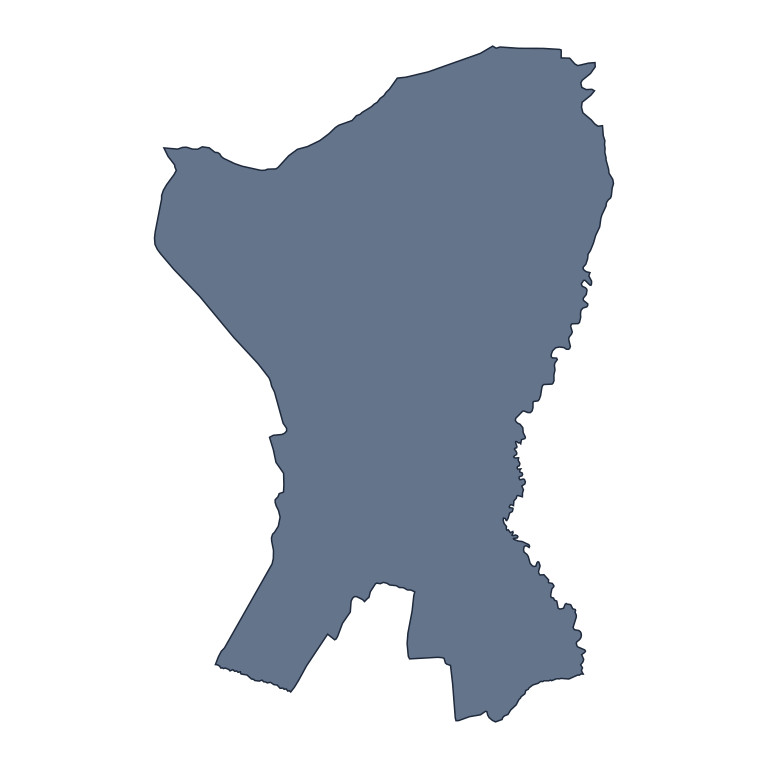 Katako-Kombe, Kasaï-Oriental, Democratic Republic of the Congo
{"feature_id": "63176286B65571818133367", "entity_name": "Katako-Kombe", "entity_type": "district", "adm_level": 2, "iso_a3": "COD", "parent_name": "Democratic Republic of the Congo", "parent_adm1": "Kasaï-Oriental", "projection": "natural_earth1", "projection_center": [24.617, -3.373], "detail": "fine", "context": "isolated", "style": "filled", "palette": "slate", "viewbox_px": 768, "rotation_deg": 0, "n_neighbors": 0, "source": "geoboundaries", "source_scale": "gbopen_adm2", "svg_char_len": 6089}
<svg xmlns="http://www.w3.org/2000/svg" viewBox="0 0 768 768"><path d="M492.7,46.1L480.3,53.4L428.1,71.9L405.8,77.2L397.3,78.1L389.4,89.2L386.1,92.4L383.9,95.6L380.2,98.4L377.1,102.4L374.2,104.1L371.3,106.8L362.0,112.5L360.2,114.3L356.4,115.7L352.1,120.5L338.9,125.2L335.3,127.6L329.0,133.7L319.8,140.6L307.4,146.6L297.4,149.3L288.8,155.7L278.0,167.5L275.9,168.9L267.4,169.2L265.2,170.2L261.1,170.4L242.1,166.2L234.6,163.6L223.7,158.4L221.4,156.6L219.6,153.8L217.7,152.6L214.9,152.3L209.2,147.8L202.3,146.8L197.7,149.2L192.6,149.1L186.5,147.2L182.6,147.4L177.6,149.1L163.9,147.9L168.0,156.3L174.6,164.9L174.9,167.1L176.3,170.4L174.1,174.5L166.7,184.6L163.4,190.2L161.6,195.6L161.6,199.0L155.2,231.9L154.5,238.1L155.0,244.4L157.3,249.3L160.6,253.8L173.9,269.4L199.7,296.4L233.9,337.6L258.0,363.6L269.1,377.9L270.6,381.7L271.6,386.1L274.5,392.0L283.1,423.2L286.6,428.3L286.6,431.1L284.4,433.4L281.7,434.5L273.3,435.3L269.5,437.3L273.3,449.6L276.0,462.4L283.6,473.3L283.9,485.2L283.5,492.1L279.2,493.6L278.0,496.8L275.2,499.7L275.1,502.2L276.2,505.9L278.5,510.5L280.1,517.1L278.3,526.3L274.5,532.3L272.6,534.2L271.5,537.7L271.6,540.7L273.5,550.5L273.3,558.6L272.1,563.9L224.5,647.9L221.2,651.4L218.3,657.0L215.4,664.6L217.3,664.8L219.5,666.0L220.9,668.1L222.2,667.8L223.5,668.6L225.1,668.0L228.7,669.4L230.0,670.9L232.8,669.7L234.7,671.3L236.6,671.0L238.1,672.3L240.4,671.8L240.6,673.4L241.2,674.0L247.0,675.0L251.4,679.0L253.5,679.3L254.7,680.5L259.3,681.1L262.1,680.1L263.7,681.8L265.8,682.0L267.2,682.9L270.5,682.3L273.8,684.6L277.2,685.1L280.1,688.3L282.9,688.1L284.1,689.3L286.1,688.9L287.8,691.1L289.2,690.7L290.7,692.0L294.3,687.4L298.6,680.4L306.5,665.9L327.6,634.2L334.7,639.8L336.2,638.9L337.7,636.2L342.5,623.3L350.3,612.0L351.1,601.1L352.7,598.0L354.3,596.7L356.6,596.6L362.6,599.6L364.5,601.6L367.9,598.1L368.9,597.6L370.3,591.8L375.4,583.9L376.7,583.1L380.3,583.7L383.3,582.4L386.8,583.2L389.7,585.0L396.4,585.7L399.2,587.5L403.5,587.7L407.3,589.9L411.1,590.1L414.8,591.9L413.8,595.5L412.1,611.1L407.9,633.3L407.1,643.5L408.3,656.3L409.6,658.9L437.8,657.3L442.4,657.7L444.1,658.4L445.4,663.0L446.7,664.1L450.5,665.4L452.6,683.6L455.3,718.1L456.0,720.7L458.7,720.6L469.4,716.7L480.5,714.8L485.5,711.3L486.9,711.7L487.7,715.1L489.1,717.6L492.3,720.3L495.5,721.9L502.1,719.5L502.7,717.6L504.4,715.9L507.9,714.5L510.7,710.0L516.2,704.8L519.0,699.4L520.4,698.2L521.1,696.7L524.9,693.8L525.8,690.5L528.3,689.3L529.0,687.9L532.8,685.0L538.1,683.3L540.7,681.4L542.7,681.6L544.0,680.8L548.8,680.8L550.6,680.1L551.6,680.7L556.7,678.7L559.3,678.9L561.0,678.4L568.9,679.0L577.5,675.1L579.4,675.1L580.9,674.0L583.2,674.1L581.4,670.6L582.5,667.8L580.6,664.8L582.9,662.0L583.7,659.4L581.6,654.6L584.7,652.4L585.5,651.1L584.7,649.9L577.8,646.9L577.0,646.0L576.3,643.3L576.6,642.1L579.6,639.6L580.9,637.7L581.4,635.3L581.1,633.2L580.4,631.8L578.8,630.5L574.3,629.7L573.1,627.4L576.3,617.1L576.3,615.1L575.0,612.1L575.6,610.4L575.2,609.5L572.7,608.8L570.9,605.0L570.1,604.5L567.1,604.1L566.3,603.5L565.2,604.2L563.5,608.3L559.8,609.1L558.1,608.1L556.8,601.1L554.5,600.2L553.5,598.0L551.4,597.5L550.8,596.5L550.8,594.2L551.9,588.8L553.8,586.7L553.9,585.7L552.3,583.4L548.9,582.8L548.4,582.3L548.6,579.9L543.9,574.7L540.0,575.0L538.8,573.2L538.5,571.6L540.1,565.9L538.9,562.2L538.0,561.7L537.0,562.6L535.8,566.2L533.8,566.5L532.0,565.5L530.1,563.2L528.3,556.6L527.1,554.6L524.1,552.1L523.5,549.8L524.1,546.8L525.5,545.8L526.7,545.9L529.1,547.5L529.6,546.3L528.9,544.7L522.1,541.5L518.1,541.0L513.7,539.3L513.5,538.5L517.3,537.9L517.9,536.8L517.3,535.7L515.5,535.0L513.0,535.6L512.0,535.2L513.1,532.7L512.8,531.5L510.4,532.7L508.3,529.8L506.8,530.2L506.3,528.5L506.5,526.5L504.1,523.5L503.2,520.2L503.5,518.1L505.3,518.5L506.1,520.4L506.7,520.6L508.0,518.5L509.6,513.0L512.3,511.5L513.1,508.8L512.7,508.1L509.6,507.7L509.2,506.9L510.1,505.2L511.1,504.6L513.5,505.6L513.9,500.9L516.3,498.2L516.9,495.9L517.8,495.5L522.4,496.8L522.5,492.9L523.5,489.9L521.8,486.1L524.9,483.9L525.4,481.9L524.4,479.4L523.1,479.0L520.0,479.8L519.1,478.5L519.2,476.9L522.0,475.8L522.6,474.5L522.3,473.1L519.8,471.9L519.7,470.5L520.8,468.9L517.8,469.2L517.1,467.9L517.6,466.5L519.2,465.9L519.8,464.3L519.8,463.2L518.2,460.5L518.6,457.8L515.5,458.0L514.3,457.7L513.7,456.8L514.7,455.6L516.6,454.5L516.8,452.9L516.0,451.2L514.4,449.1L515.0,448.2L516.6,447.8L517.0,446.8L515.5,442.3L515.7,441.6L516.6,441.5L518.4,442.9L519.7,442.7L520.7,443.8L521.5,439.6L524.9,438.6L525.4,437.2L523.2,432.6L522.8,427.7L520.1,424.3L517.4,423.0L516.0,421.5L515.3,420.3L515.8,418.2L522.7,411.2L523.9,411.0L527.9,412.6L530.4,412.6L532.1,410.9L533.0,407.7L533.0,402.2L533.9,401.4L537.9,400.9L539.2,399.5L540.6,395.6L541.9,387.4L542.7,385.4L543.9,384.5L552.0,384.1L553.0,383.2L554.0,380.7L553.9,374.8L555.0,370.0L554.4,365.2L554.9,363.0L557.3,359.6L556.6,358.1L552.6,357.9L551.5,357.1L551.1,356.0L551.6,353.4L552.6,350.8L555.6,347.8L559.3,347.0L564.0,347.6L566.3,349.2L568.3,349.3L569.5,348.7L570.4,346.6L568.7,339.4L569.0,337.3L571.6,333.9L572.3,331.9L570.7,326.5L571.2,324.5L572.2,323.8L578.1,323.6L579.5,322.4L580.7,317.3L580.5,313.7L581.0,310.3L583.0,308.0L586.8,306.9L587.7,305.5L587.8,303.9L583.6,300.5L583.2,299.5L583.4,298.1L586.3,294.5L587.0,290.1L586.5,288.8L585.2,287.6L582.3,286.3L581.3,283.9L583.6,280.4L585.0,280.3L589.9,285.1L590.9,285.3L591.5,284.0L591.6,281.2L588.8,275.9L590.0,272.6L586.5,271.8L584.4,270.4L583.3,269.1L583.1,267.3L585.8,264.3L587.6,258.9L588.1,254.1L590.5,250.4L593.5,243.0L595.6,235.6L599.7,226.9L600.9,218.3L601.9,214.9L606.0,206.2L606.5,202.6L608.2,200.0L610.6,197.9L611.3,196.0L612.2,188.0L613.5,183.7L612.8,179.4L609.0,173.2L608.6,169.2L606.0,159.7L606.1,157.9L604.8,152.4L605.1,148.4L604.5,144.6L604.9,140.8L603.3,135.8L602.5,125.7L598.0,126.2L594.6,123.8L591.4,120.0L582.9,112.8L581.5,107.2L582.1,102.3L590.9,95.2L594.5,90.8L591.9,89.3L586.2,89.6L581.8,87.4L580.8,82.8L582.4,80.1L590.5,73.5L595.2,66.9L595.0,62.6L588.6,63.1L577.8,65.6L574.9,64.0L569.7,58.2L561.2,57.9L561.2,50.0L559.6,49.4L543.0,48.4L518.8,48.3L500.1,47.0L496.1,48.2L492.7,46.1Z" fill="#64748b" stroke="#1e293b" stroke-width="1.5"/></svg>